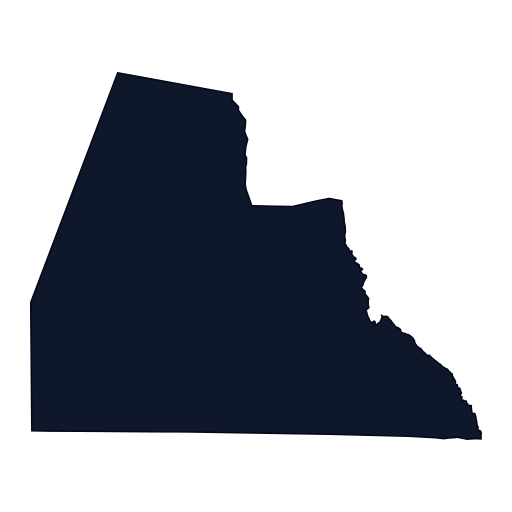 outline of Minas, Córdoba, Argentina
{"feature_id": "61730980B27944530838107", "entity_name": "Minas", "entity_type": "district", "adm_level": 2, "iso_a3": "ARG", "parent_name": "Argentina", "parent_adm1": "Córdoba", "projection": "albers", "projection_center": [-65.06, -30.967], "detail": "fine", "context": "isolated", "style": "filled", "palette": "ink", "viewbox_px": 512, "rotation_deg": 0, "n_neighbors": 0, "source": "geoboundaries", "source_scale": "gbopen_adm2", "svg_char_len": 6053}
<svg xmlns="http://www.w3.org/2000/svg" viewBox="0 0 512 512"><path d="M31.8,430.8L48.7,431.1L88.5,431.3L153.7,431.8L186.2,431.9L331.2,434.3L409.5,436.3L436.4,437.8L443.5,438.7L449.6,437.9L451.2,437.9L457.8,437.3L466.9,439.2L474.8,438.7L481.1,438.9L481.0,438.4L481.1,437.5L480.9,436.2L481.1,434.7L481.1,434.3L481.3,433.0L481.1,432.4L480.6,431.9L480.6,431.7L480.7,431.1L480.6,430.9L479.8,430.8L479.3,430.4L478.7,430.2L477.7,430.5L477.5,430.3L477.5,429.4L477.7,429.1L477.8,428.4L478.0,428.3L478.1,427.9L478.1,427.0L478.1,426.8L478.0,426.7L477.6,426.9L477.4,426.8L477.3,426.7L477.3,425.8L477.1,424.8L476.9,423.4L476.7,422.4L476.4,419.9L476.0,418.6L475.9,417.8L475.7,416.4L475.1,414.4L474.7,413.6L472.3,413.3L472.0,412.9L471.6,410.3L471.5,408.8L471.4,408.5L471.2,407.5L471.2,406.9L471.4,405.7L471.1,405.6L467.8,405.1L466.9,404.7L466.6,404.0L467.1,403.8L466.9,403.7L466.9,403.4L466.1,401.0L464.4,401.0L464.2,400.9L463.9,400.7L463.9,400.4L463.7,400.2L462.7,400.3L462.6,400.2L462.3,400.1L462.2,400.2L461.9,400.1L461.5,398.9L462.1,397.3L461.8,396.8L461.1,396.8L460.7,396.2L460.4,395.4L460.6,394.3L461.3,393.4L461.4,392.4L460.6,391.3L460.3,390.4L460.4,389.5L459.7,388.9L459.6,388.2L459.2,388.3L458.7,388.0L457.9,388.2L457.2,384.7L455.5,384.5L455.4,381.0L453.5,377.9L453.1,377.9L453.2,377.2L452.4,375.7L452.1,373.8L451.4,374.0L451.3,373.9L451.1,373.7L450.8,373.2L450.6,372.9L450.4,372.2L449.9,372.1L449.5,371.8L449.0,371.6L448.8,371.3L448.6,371.1L448.3,370.1L448.0,369.9L447.7,369.5L447.1,369.1L446.2,368.7L444.7,367.9L444.3,367.6L443.9,367.5L443.5,367.1L442.7,366.7L442.3,366.3L441.9,366.0L441.7,365.8L441.0,365.5L440.9,365.2L440.8,364.8L440.7,364.5L440.3,364.3L439.9,364.3L439.6,364.0L439.2,363.9L438.7,363.6L438.2,362.8L437.6,362.3L437.3,362.3L437.0,362.2L436.8,361.8L436.2,361.6L435.8,361.0L435.8,360.9L435.7,360.8L435.2,360.9L434.7,360.2L434.2,360.1L433.8,359.4L433.5,359.2L433.3,358.8L432.9,358.7L432.1,358.0L431.8,357.9L431.5,357.4L430.9,356.7L430.4,356.6L430.0,356.3L429.8,356.1L429.5,355.2L429.1,355.1L428.2,356.2L428.0,356.3L427.6,356.4L427.4,356.1L427.3,355.4L427.1,355.0L425.9,354.4L425.5,353.6L425.1,353.1L424.6,353.4L424.3,353.3L424.1,353.2L424.0,352.9L424.1,352.5L424.0,352.2L423.9,352.1L423.7,352.2L423.3,352.3L423.2,352.3L423.1,351.8L423.1,351.6L422.4,351.0L422.3,350.8L422.4,350.5L422.3,350.3L421.9,350.2L421.5,349.6L421.5,349.8L421.3,349.6L421.0,349.3L420.8,348.9L420.5,348.6L419.7,348.1L419.1,348.0L418.9,347.9L418.6,347.6L418.6,347.3L418.5,347.2L417.4,346.4L416.3,345.6L416.3,345.1L416.1,344.7L415.4,343.9L415.2,343.2L414.6,342.3L414.5,341.7L414.6,341.4L414.6,341.0L413.9,339.8L413.5,338.9L412.3,337.5L409.9,335.5L408.3,334.7L406.0,334.0L405.1,333.4L404.1,333.4L402.4,332.8L401.6,332.8L401.3,332.5L401.1,332.2L401.1,331.6L400.9,331.0L400.7,330.3L399.8,328.8L399.6,328.7L398.9,328.4L398.6,328.0L398.5,327.8L398.0,327.8L397.1,327.3L396.8,327.2L396.1,327.2L395.9,327.0L395.6,326.5L394.8,325.9L394.6,325.7L394.1,324.6L392.8,323.2L390.5,320.1L390.0,319.5L389.2,318.9L388.1,317.2L387.3,316.5L386.5,316.4L384.8,316.3L383.5,316.5L383.2,316.5L382.3,315.8L381.7,315.5L381.8,316.0L382.2,316.4L382.3,316.7L381.5,318.3L381.5,318.5L381.4,319.0L381.4,319.4L380.5,320.8L380.0,322.2L379.7,322.4L378.7,322.8L378.2,323.2L376.2,325.0L375.6,324.6L375.5,324.2L375.5,323.7L375.3,323.3L375.0,322.9L375.1,322.1L374.9,321.6L374.6,321.3L374.0,321.2L373.6,321.3L373.2,321.6L372.7,322.3L372.4,322.5L372.1,322.5L371.1,322.5L370.8,322.4L370.9,322.1L370.8,321.8L370.6,321.5L369.7,320.8L369.2,319.3L369.1,318.4L368.3,317.7L368.0,316.8L367.8,315.9L367.1,314.2L366.8,312.3L366.7,311.9L366.2,311.0L365.9,310.1L366.1,309.0L366.3,308.7L366.5,308.7L367.2,309.0L367.6,309.1L367.9,308.3L368.1,308.1L368.8,307.7L369.0,307.2L368.9,306.8L368.6,306.6L368.3,305.8L368.2,304.1L368.2,302.8L368.3,302.1L368.2,301.9L368.1,301.3L368.2,300.7L368.4,300.0L368.4,299.7L368.5,299.5L368.5,299.3L368.6,299.1L368.6,298.9L368.4,298.1L368.0,297.5L367.3,296.8L366.8,296.0L366.6,295.7L365.8,294.7L365.4,294.5L364.9,293.8L364.9,293.4L365.1,292.8L365.2,292.5L365.0,291.4L364.7,290.9L364.6,290.7L364.1,290.5L363.2,289.8L362.5,289.0L361.7,288.2L361.4,287.8L361.4,287.5L361.6,287.0L362.5,285.8L362.5,285.5L363.1,284.5L363.1,284.3L363.1,284.0L363.3,283.4L363.3,282.9L363.5,282.7L363.5,282.4L363.8,281.9L364.0,281.5L364.7,280.3L365.0,279.5L365.2,279.1L365.9,278.4L366.2,278.0L366.5,276.7L366.5,276.2L366.3,275.7L365.6,275.0L365.4,275.0L365.0,274.8L364.2,274.8L363.8,274.5L363.0,274.3L362.4,273.9L361.4,272.5L360.9,272.0L360.7,271.9L360.4,271.5L360.1,271.3L360.1,271.0L360.3,270.8L360.9,270.8L361.6,270.1L361.8,270.1L362.1,269.6L362.5,269.3L362.5,269.0L362.0,268.5L361.3,268.1L360.4,268.0L359.8,267.8L359.7,267.5L359.6,266.9L359.2,266.4L359.2,265.9L359.2,265.1L359.0,264.7L357.8,264.0L357.2,263.4L356.5,263.1L356.0,263.0L354.9,262.3L354.7,262.1L354.7,261.8L354.5,261.4L354.4,261.0L354.5,260.4L354.9,260.0L355.0,259.7L355.3,259.7L355.8,259.5L355.9,259.3L355.9,258.6L355.6,258.1L355.3,257.8L354.0,257.1L353.5,256.7L353.3,256.3L352.9,255.8L352.7,255.3L352.0,254.5L352.0,254.4L351.8,253.9L351.6,253.8L351.7,253.3L351.7,252.6L352.1,252.1L352.0,251.9L352.1,251.6L352.0,251.3L351.7,250.9L351.0,251.0L350.7,251.3L350.4,251.4L349.9,251.4L349.7,251.3L349.6,250.8L349.2,250.3L348.9,249.0L348.4,248.2L346.8,247.1L346.7,246.7L346.5,246.0L346.3,245.5L345.8,244.9L345.7,244.5L345.3,244.1L344.8,243.8L344.7,243.6L344.7,243.2L344.8,242.8L345.1,242.3L345.2,241.9L345.4,239.9L345.1,239.1L344.7,236.2L344.9,233.8L345.4,232.0L345.3,229.7L345.3,227.7L344.9,225.0L344.4,222.8L344.1,220.1L344.1,218.1L343.6,215.6L343.6,214.0L343.3,212.7L342.9,211.4L342.5,209.9L341.9,206.4L341.8,205.2L342.1,203.9L342.2,202.8L342.1,202.4L341.9,202.2L341.7,200.7L335.7,199.7L329.2,198.4L315.5,201.1L292.7,206.5L273.3,206.2L251.9,205.7L251.0,203.4L246.0,189.2L245.2,184.2L245.8,172.4L245.7,166.6L246.4,164.4L246.6,157.9L245.0,155.0L245.8,147.1L247.7,139.3L246.1,135.6L244.6,131.5L245.4,125.2L245.6,120.1L242.4,116.1L238.5,110.4L238.4,106.6L232.1,100.1L232.1,93.7L117.7,72.8L30.7,302.5L31.8,430.8Z" fill="#0f172a" stroke="#020617" stroke-width="1.5"/></svg>